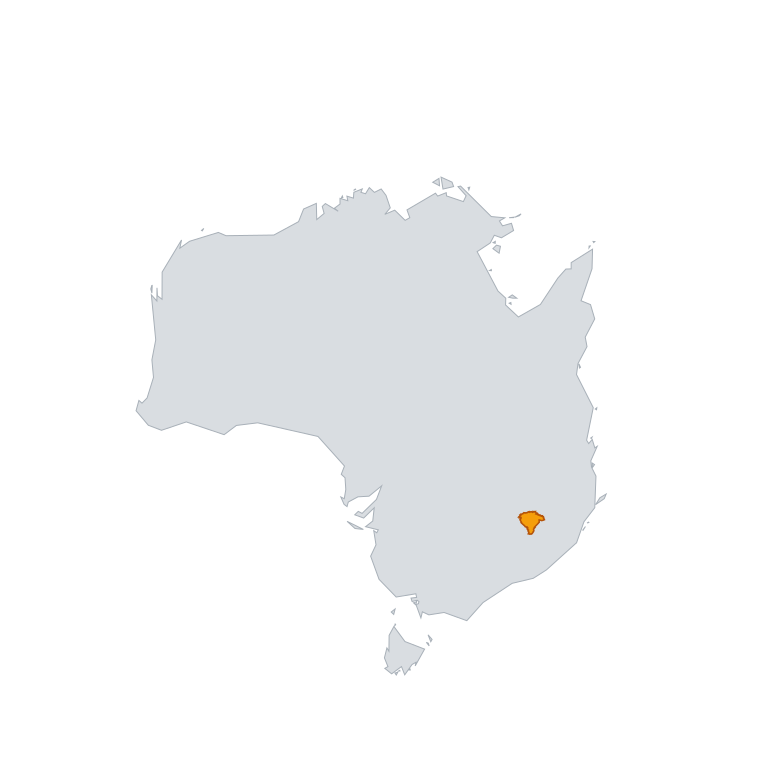 location of Moree Plains, New South Wales, Australia, rotated 34°
{"feature_id": "25037944B16767086981220", "entity_name": "Moree Plains", "entity_type": "district", "adm_level": 2, "iso_a3": "AUS", "parent_name": "Australia", "parent_adm1": "New South Wales", "projection": "orthographic", "projection_center": [149.192, -29.321], "detail": "fine", "context": "in_parent", "style": "filled", "palette": "amber", "viewbox_px": 768, "rotation_deg": 34, "n_neighbors": 0, "source": "geoboundaries", "source_scale": "gbopen_adm2", "svg_char_len": 7502}
<svg xmlns="http://www.w3.org/2000/svg" viewBox="0 0 768 768"><g transform="rotate(34 384 384)"><path d="M492.0,172.1L500.8,204.8L510.8,202.7L522.3,212.2L524.6,232.6L531.4,239.5L533.4,258.6L538.3,268.5L570.7,286.6L583.4,317.3L587.0,318.9L587.6,313.5L594.5,319.1L595.6,316.4L598.4,332.0L602.4,336.8L611.2,341.8L627.9,368.7L626.8,386.4L632.4,407.9L622.6,447.3L616.4,461.6L601.7,477.6L588.3,509.8L585.0,533.9L561.6,539.8L550.3,550.3L543.2,551.4L545.4,557.3L533.8,548.9L535.4,546.9L534.6,544.8L532.5,544.7L528.9,548.6L526.1,546.4L530.4,542.7L527.7,540.1L513.2,553.8L489.1,548.7L469.2,534.2L467.3,521.8L457.5,511.3L461.2,511.4L460.8,508.1L448.5,512.6L451.3,503.9L445.1,492.1L442.1,506.5L432.9,508.8L433.9,504.0L438.2,503.5L442.3,483.9L439.0,469.7L434.3,485.4L425.5,492.1L420.4,501.8L421.9,506.3L418.2,506.1L411.4,501.8L415.2,501.3L411.3,492.8L404.1,483.5L399.1,482.8L397.1,474.1L358.6,464.4L301.0,486.8L284.8,500.9L279.8,515.4L241.3,526.0L225.4,546.8L211.7,550.0L193.4,544.8L190.0,534.7L194.1,535.2L195.4,528.0L189.2,507.4L178.1,493.8L170.1,475.1L141.3,440.2L149.3,442.2L142.0,431.2L146.8,437.5L152.6,437.9L137.5,415.3L135.6,377.8L138.8,385.6L143.0,374.4L161.9,351.0L170.1,349.4L209.4,322.1L222.4,297.2L219.5,283.9L226.9,272.1L236.3,285.3L239.0,276.1L233.5,271.3L234.5,267.2L249.4,266.4L244.6,266.0L246.9,259.4L243.7,254.7L251.5,252.3L248.2,249.0L254.7,247.0L251.8,241.9L256.9,234.4L257.7,238.0L262.3,236.6L262.0,229.4L268.9,230.5L272.6,223.9L280.2,226.5L290.7,234.5L289.8,242.9L295.7,233.9L310.0,236.5L312.4,231.7L305.7,226.8L320.0,197.0L323.4,198.2L328.6,190.6L330.7,193.1L347.8,188.4L346.8,182.0L335.0,179.0L336.8,177.1L379.3,185.2L391.2,178.7L388.5,184.3L393.8,186.6L399.8,179.5L405.6,184.3L399.6,197.1L392.3,199.0L393.2,207.7L387.2,222.2L426.5,243.2L437.0,244.8L440.6,250.5L457.9,253.3L469.2,230.6L468.9,198.9L470.5,187.0L474.8,183.9L471.3,178.7L481.5,155.6L492.0,172.1ZM527.8,579.5L545.4,585.8L565.9,581.1L567.5,600.3L566.1,596.8L564.1,600.9L563.8,613.5L556.5,608.5L552.4,620.0L543.7,619.3L545.3,616.1L537.5,610.8L534.0,601.2L537.5,602.8L528.8,589.5L527.8,579.5ZM315.6,180.6L327.5,178.6L331.3,181.4L323.9,189.4L315.6,180.6ZM430.2,518.5L448.2,516.1L440.8,520.0L430.2,518.5ZM403.5,204.7L406.3,211.2L398.6,210.9L399.6,206.0L403.5,204.7ZM626.9,365.6L626.6,357.6L629.7,351.0L630.7,355.9L626.9,365.6ZM560.8,567.3L566.7,568.9L566.9,571.5L560.8,567.3ZM314.6,182.8L319.2,188.6L311.6,189.5L314.6,182.8ZM520.9,569.6L517.5,569.0L519.0,564.3L520.9,569.6ZM446.1,238.6L442.6,240.9L438.9,242.4L440.5,238.4L446.1,238.6ZM140.8,438.5L137.5,435.6L136.4,432.2L136.7,431.9L140.8,438.5ZM565.7,574.1L567.9,575.9L563.6,574.5L565.7,574.1ZM600.9,333.1L603.6,333.1L603.5,336.7L600.9,333.1ZM534.3,258.3L537.6,260.3L537.1,261.5L534.3,258.3ZM556.6,615.3L556.9,618.4L554.7,617.5L556.6,615.3ZM630.7,389.5L630.8,394.0L630.5,393.9L630.7,389.5ZM345.8,175.6L343.8,174.1L345.0,172.9L345.8,175.6ZM402.1,168.8L399.3,172.5L402.5,166.3L402.1,168.8ZM631.3,384.3L630.0,385.7L630.9,384.1L631.3,384.3ZM409.7,230.0L408.1,230.9L408.9,229.1L409.7,230.0ZM397.5,205.2L395.4,205.8L396.5,203.5L397.5,205.2ZM147.6,355.8L147.7,358.7L146.8,358.7L147.6,355.8ZM477.8,154.2L477.8,156.5L476.9,154.9L477.8,154.2ZM532.6,545.9L533.1,547.3L532.4,546.9L532.6,545.9ZM398.5,173.5L394.7,176.2L398.6,172.9L398.5,173.5ZM251.7,238.6L250.5,240.5L251.2,238.4L251.7,238.6ZM557.7,613.0L556.6,613.7L557.2,612.5L557.7,613.0ZM444.8,246.9L442.6,247.0L443.6,245.5L444.8,246.9ZM245.6,252.4L244.6,253.5L244.3,251.4L245.6,252.4ZM565.7,606.4L564.3,607.3L564.7,605.6L565.7,606.4ZM479.1,148.0L478.8,149.5L477.6,148.9L479.1,148.0ZM531.8,547.9L533.4,549.3L530.8,548.9L531.8,547.9ZM574.6,286.5L573.1,286.6L573.7,284.7L574.6,286.5ZM586.4,313.2L585.6,313.2L586.2,311.7L586.4,313.2ZM528.3,577.1L528.0,578.3L527.5,576.8L528.3,577.1Z" fill="#d9dde1" stroke="#a8b0b8" stroke-width="1"/><path d="M592.1,408.0L592.9,406.8L592.7,406.7L592.6,406.8L592.3,406.8L592.1,406.6L592.0,406.3L591.8,406.2L591.6,406.3L591.7,406.2L591.4,406.1L591.4,405.9L591.4,405.7L591.2,405.6L590.9,405.4L590.8,405.2L590.6,405.1L590.4,404.9L590.3,405.0L590.2,405.0L589.9,405.2L589.7,405.2L589.7,405.3L589.2,405.3L589.1,405.2L588.9,405.3L588.9,405.1L588.7,405.2L588.5,405.3L588.5,405.2L588.4,405.3L588.3,405.2L588.2,405.3L587.9,405.3L587.9,405.5L587.7,405.5L587.4,405.6L587.2,405.6L586.7,405.7L586.7,405.8L586.5,406.0L586.4,405.9L586.3,406.0L586.1,405.9L586.0,406.1L586.0,405.9L585.9,406.0L585.7,405.9L585.5,406.1L585.4,406.0L585.2,406.0L585.2,405.8L584.9,405.8L584.7,405.8L584.5,406.0L584.4,405.9L584.0,406.0L583.9,405.9L583.9,406.0L583.8,405.9L583.7,406.0L583.7,405.9L583.5,406.0L583.3,406.0L583.3,405.9L583.2,405.9L583.3,406.0L583.0,406.0L583.0,406.3L583.0,406.2L582.9,406.3L582.8,406.2L582.7,406.3L582.7,406.2L582.5,405.9L582.4,406.0L582.3,405.9L582.2,405.8L582.0,405.7L581.9,405.8L581.8,405.7L581.7,405.6L581.3,405.4L581.1,405.5L581.1,405.4L580.8,405.4L580.6,405.5L580.6,405.4L580.5,405.5L580.4,405.4L580.3,405.5L580.2,405.5L579.9,405.7L579.8,405.8L579.7,405.9L579.7,406.1L579.6,406.3L579.5,406.5L579.4,406.5L579.5,406.6L579.4,406.5L579.3,406.8L579.1,406.9L579.0,407.1L578.9,407.0L578.7,407.0L578.3,407.2L578.3,407.3L578.2,407.3L577.9,407.3L577.7,407.6L577.5,407.8L577.4,407.7L577.3,407.8L577.2,407.8L577.1,408.0L576.8,408.1L576.5,408.3L576.5,408.6L576.4,408.7L576.2,408.8L576.2,408.7L576.2,408.8L575.9,408.7L575.9,409.0L575.7,409.2L575.4,409.2L575.2,409.2L575.1,409.5L574.8,409.9L574.9,410.0L574.7,410.4L574.7,410.5L574.5,410.9L574.4,410.9L574.1,411.1L573.8,411.2L573.7,411.4L573.6,411.6L573.4,411.9L573.2,411.9L572.9,411.9L572.7,412.0L572.4,412.2L572.4,412.3L572.2,412.4L572.2,412.5L571.9,412.5L571.8,412.9L571.7,413.0L571.7,413.3L571.7,413.5L571.6,413.8L571.7,414.0L571.6,414.3L571.6,414.1L571.4,414.2L571.3,414.3L571.3,414.2L571.2,414.3L571.2,414.5L571.0,414.8L571.0,415.0L570.9,415.0L570.9,415.3L570.8,415.5L570.7,415.5L570.7,415.8L570.7,416.1L570.5,416.3L570.3,416.2L570.4,416.5L570.2,416.6L570.4,416.7L570.3,416.8L570.2,417.0L570.3,417.1L570.6,417.5L570.4,417.7L570.4,417.8L570.3,417.7L570.4,417.9L570.3,418.0L570.1,418.4L570.2,418.5L570.1,418.9L570.3,418.8L570.4,419.0L570.4,418.9L570.5,419.0L570.6,418.8L570.8,418.8L571.0,418.9L571.2,418.7L571.3,418.8L571.5,418.7L571.5,418.8L571.6,418.7L571.6,418.8L571.7,418.7L571.8,418.7L572.0,418.6L572.3,418.6L572.5,418.6L572.7,418.4L572.8,418.5L572.8,418.4L572.6,420.5L575.3,421.8L575.2,422.3L579.1,422.9L579.3,422.8L579.5,422.9L580.1,423.0L580.4,423.1L580.6,423.3L580.8,423.2L581.0,423.3L581.2,423.2L581.4,423.2L581.5,423.0L581.8,422.9L582.2,422.7L582.2,422.8L582.4,422.8L582.4,423.1L582.8,423.2L582.8,423.4L583.0,423.4L583.2,422.7L583.6,422.8L583.6,423.4L583.7,423.5L584.0,423.6L584.0,424.2L585.5,424.3L585.5,424.6L585.4,424.8L585.4,425.0L585.6,425.0L585.7,425.4L586.5,425.7L587.0,425.8L587.0,426.0L587.3,426.3L587.2,426.8L587.4,426.8L587.4,427.0L587.5,427.5L587.8,427.3L587.9,427.1L588.1,427.1L588.4,427.2L588.6,427.1L588.8,426.9L589.1,426.9L589.4,426.4L589.5,426.3L589.6,426.2L589.7,425.9L590.0,425.8L590.3,425.8L590.3,425.5L590.4,425.3L590.4,425.2L590.4,424.9L590.5,424.6L590.4,424.4L590.4,424.2L590.4,423.8L590.4,423.7L590.5,423.5L590.5,423.4L590.4,423.4L590.4,423.2L590.2,422.9L590.3,422.5L590.3,422.4L590.4,422.1L590.3,421.9L590.2,421.8L590.1,421.5L590.0,421.4L589.7,421.2L589.4,421.1L589.4,420.9L589.1,420.5L589.3,419.2L589.1,419.0L589.3,418.9L589.4,418.7L589.1,418.7L588.8,418.7L588.9,418.2L589.8,413.3L589.7,413.2L589.8,412.7L589.9,412.3L590.0,411.8L588.6,410.0L588.9,409.8L591.1,409.1L592.1,408.0Z" fill="#f59e0b" stroke="#b45309" stroke-width="1.5"/></g></svg>